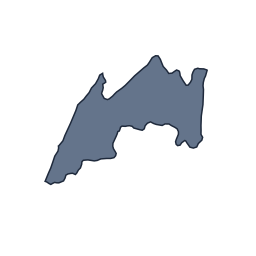 Luleå, Norrbotten, Sweden (Mercator projection), rotated 230°
{"feature_id": "70781695B74672839302489", "entity_name": "Luleå", "entity_type": "district", "adm_level": 2, "iso_a3": "SWE", "parent_name": "Sweden", "parent_adm1": "Norrbotten", "projection": "mercator", "projection_center": [22.018, 65.85], "detail": "fine", "context": "isolated", "style": "filled", "palette": "slate", "viewbox_px": 256, "rotation_deg": 230, "n_neighbors": 0, "source": "geoboundaries", "source_scale": "gbopen_adm2", "svg_char_len": 2106}
<svg xmlns="http://www.w3.org/2000/svg" viewBox="0 0 256 256"><g transform="rotate(230 128 128)"><path d="M158.9,63.1L157.3,62.0L155.3,59.5L153.5,53.8L150.3,48.6L147.0,43.1L144.5,38.0L140.4,30.2L139.1,31.0L136.3,31.8L134.4,32.6L134.0,34.8L133.5,36.8L131.9,38.1L130.4,39.8L128.9,44.6L130.1,47.6L131.8,50.1L131.4,52.4L130.1,54.8L128.9,56.5L126.2,57.8L126.4,59.6L127.7,63.0L128.0,65.9L130.0,69.2L131.8,71.0L132.0,73.0L130.7,74.9L129.3,76.8L124.5,81.0L122.9,83.6L121.8,87.3L118.5,91.9L115.9,95.0L114.3,98.2L114.7,100.7L116.1,102.6L118.7,103.1L121.3,103.5L123.8,104.6L126.0,106.7L127.8,110.5L129.2,113.5L130.5,116.0L131.8,117.9L131.3,119.4L132.3,121.2L133.4,122.8L133.3,124.6L131.0,127.0L130.0,128.9L128.8,130.6L126.6,132.3L124.3,132.4L119.0,136.0L117.1,137.5L116.9,139.9L118.7,142.6L119.2,145.9L118.2,149.2L115.0,150.5L112.5,152.0L108.0,155.8L107.3,159.0L104.7,162.0L102.0,162.8L98.5,164.3L95.8,165.1L92.8,164.3L90.8,162.6L89.7,160.5L88.3,157.8L86.9,155.6L84.5,154.4L82.6,154.7L81.4,156.9L82.2,159.7L81.9,163.5L80.9,163.9L78.3,163.5L76.7,163.4L73.5,163.1L70.6,165.2L69.3,168.4L69.3,168.5L70.9,171.9L71.2,176.7L72.9,179.2L76.2,179.8L79.3,182.5L83.0,185.5L90.1,191.9L97.8,200.5L105.3,207.3L109.0,210.6L112.1,212.6L114.5,215.0L116.9,218.3L118.0,220.8L121.4,225.8L121.8,225.7L124.5,224.1L127.5,220.8L128.9,219.9L130.2,216.7L129.1,213.8L127.5,211.1L124.2,208.2L122.9,205.2L122.2,201.6L123.4,200.0L128.9,200.6L134.6,201.6L135.9,202.5L137.9,203.6L139.0,203.7L141.2,202.5L141.5,199.9L141.7,197.0L143.6,194.3L147.6,194.7L152.5,194.5L156.6,195.8L159.8,196.9L163.9,197.4L165.6,195.6L166.3,191.8L164.6,186.6L163.7,183.3L163.9,178.8L163.7,166.5L163.0,159.9L162.4,153.3L162.4,148.8L162.9,142.5L162.7,139.9L162.3,136.6L162.4,132.3L163.0,130.5L165.9,128.8L171.2,129.8L172.2,131.1L173.1,132.7L174.8,134.9L177.8,136.8L177.5,138.9L177.4,140.4L178.9,141.3L183.0,141.9L185.1,143.0L186.2,143.7L186.7,140.3L184.8,136.9L182.8,131.6L182.1,125.7L180.1,121.0L179.3,116.5L178.4,112.6L178.3,108.5L178.0,104.4L174.8,99.2L168.6,87.1L162.8,74.8L160.0,69.9L158.8,63.3L158.9,63.1Z" fill="#64748b" stroke="#1e293b" stroke-width="1.5"/></g></svg>